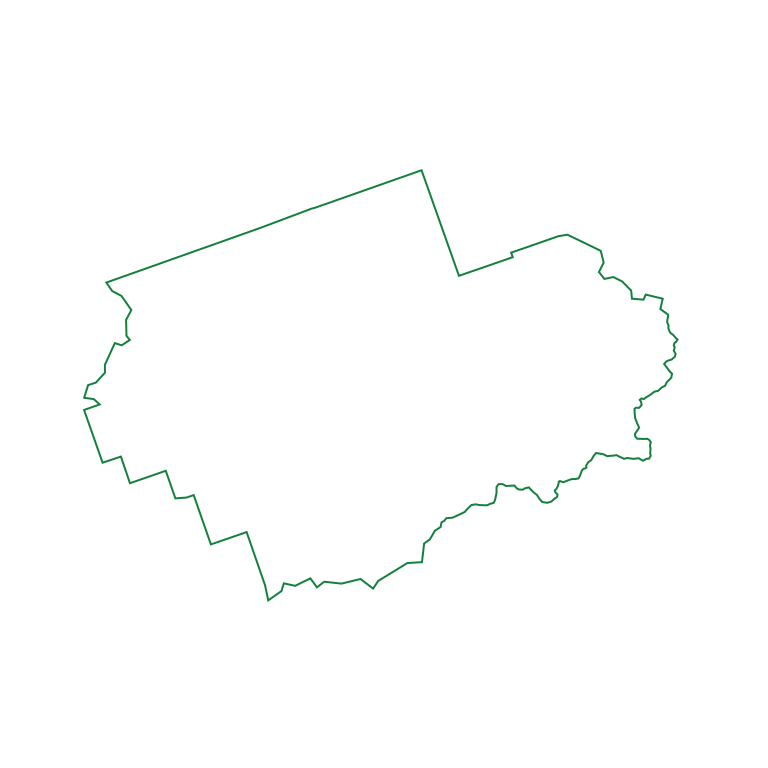 the district of Granite, Montana, United States of America, rotated 251°
{"feature_id": "52423323B51544085831783", "entity_name": "Granite", "entity_type": "district", "adm_level": 2, "iso_a3": "USA", "parent_name": "United States of America", "parent_adm1": "Montana", "projection": "albers", "projection_center": [-113.634, 46.386], "detail": "fine", "context": "isolated", "style": "outline", "palette": "green", "viewbox_px": 768, "rotation_deg": 251, "n_neighbors": 0, "source": "geoboundaries", "source_scale": "gbopen_adm2", "svg_char_len": 2610}
<svg xmlns="http://www.w3.org/2000/svg" viewBox="0 0 768 768"><g transform="rotate(251 384 384)"><path d="M357.0,675.2L364.9,669.7L373.9,675.3L383.3,660.6L379.3,656.8L383.9,646.2L391.8,648.1L403.4,642.6L410.5,635.6L411.6,626.6L419.9,623.7L427.2,631.2L439.3,632.3L465.4,606.1L467.0,596.9L466.8,547.0L462.0,547.0L461.9,490.1L573.9,489.1L573.7,460.7L573.1,375.9L573.4,372.4L571.9,319.0L570.3,154.5L560.3,157.3L552.8,164.4L536.2,169.2L528.6,161.0L513.4,156.2L508.4,158.0L506.0,148.6L510.3,142.8L493.1,126.4L485.5,123.8L479.1,112.0L479.3,103.9L468.6,96.0L464.2,104.7L457.2,108.5L457.1,92.0L452.0,92.0L401.2,92.3L401.0,111.6L372.9,111.5L373.0,149.4L343.8,149.5L340.9,160.4L340.9,167.9L288.7,168.1L288.7,205.9L232.4,206.0L217.1,204.1L221.6,219.6L228.1,224.4L222.1,234.3L224.2,251.1L213.6,254.4L216.5,263.1L209.1,278.8L207.3,298.3L194.1,307.1L199.7,314.4L207.1,347.8L203.2,361.9L220.1,370.0L221.7,375.2L222.0,376.5L224.9,380.0L228.7,384.3L230.3,390.9L234.4,393.3L235.0,396.3L236.8,399.3L235.3,405.4L236.0,412.7L236.7,418.6L239.0,422.7L241.1,427.3L240.4,431.4L238.3,435.2L237.1,438.3L235.8,441.9L236.1,445.2L236.0,449.2L238.6,451.5L244.3,454.9L250.0,456.9L252.0,459.7L250.7,463.5L247.8,466.3L245.5,474.3L242.0,475.6L240.3,477.3L238.9,480.7L239.5,483.3L239.1,487.3L237.0,488.2L232.6,490.3L229.3,492.5L225.2,493.4L220.9,495.2L218.5,499.7L218.4,504.1L220.0,507.7L220.8,510.9L223.1,512.1L226.1,510.7L227.8,510.9L228.7,512.9L231.0,515.2L233.6,517.0L234.8,517.5L234.9,518.9L233.9,520.0L232.7,521.6L232.9,525.2L233.0,527.8L232.9,531.1L231.8,533.9L231.4,537.3L233.2,539.1L235.9,541.5L237.7,542.8L238.9,545.1L238.6,546.5L239.1,548.2L240.9,548.5L243.5,551.5L244.6,555.2L247.7,558.8L249.7,562.0L246.1,568.6L243.2,571.5L241.6,577.6L241.0,580.7L238.6,583.0L235.1,586.7L234.9,589.7L233.6,592.3L232.1,595.3L230.9,600.6L227.2,603.8L227.8,608.1L227.1,610.3L229.3,612.8L231.5,613.0L236.3,615.0L239.4,615.5L242.0,617.3L244.6,616.7L246.5,615.0L247.6,611.3L248.6,608.9L249.8,605.6L252.6,604.5L255.2,605.1L257.9,608.8L259.7,611.0L265.1,610.5L270.2,610.4L275.5,611.7L279.0,612.8L279.5,614.5L278.4,617.5L280.2,620.7L283.9,621.3L285.7,620.6L286.5,622.6L285.2,624.7L285.9,626.9L286.6,630.0L287.3,632.9L288.7,637.2L288.3,641.0L290.3,645.4L290.8,649.2L293.6,651.9L296.4,657.6L299.9,659.7L303.0,658.2L306.3,657.2L310.3,655.9L311.7,655.4L313.4,658.2L313.6,660.9L313.5,664.0L315.2,668.0L317.7,669.6L321.1,668.8L323.9,670.8L326.0,670.5L328.1,671.8L328.7,673.9L330.5,676.0L332.3,674.9L336.3,673.4L339.2,671.4L342.0,671.0L344.3,671.1L346.8,672.1L350.3,671.8L353.7,673.5L355.4,674.6L357.0,675.2Z" fill="none" stroke="#15803d" stroke-width="2"/></g></svg>